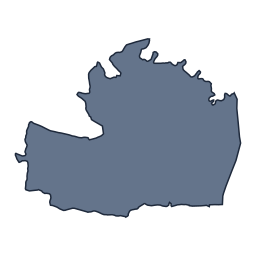 Atsa, Al Fayyum, Egypt (Albers equal-area conic projection)
{"feature_id": "37247803B59509070430414", "entity_name": "Atsa", "entity_type": "district", "adm_level": 2, "iso_a3": "EGY", "parent_name": "Egypt", "parent_adm1": "Al Fayyum", "projection": "albers", "projection_center": [30.709, 29.208], "detail": "fine", "context": "isolated", "style": "filled", "palette": "slate", "viewbox_px": 256, "rotation_deg": 0, "n_neighbors": 0, "source": "geoboundaries", "source_scale": "gbopen_adm2", "svg_char_len": 5697}
<svg xmlns="http://www.w3.org/2000/svg" viewBox="0 0 256 256"><path d="M97.3,62.7L96.9,64.7L96.4,66.4L95.4,66.5L94.7,66.7L93.2,68.2L91.0,70.2L89.2,72.5L88.9,73.3L88.6,74.2L88.7,78.2L89.2,80.6L89.4,81.9L89.7,84.3L90.1,86.0L90.1,86.7L90.0,87.7L89.8,88.3L89.5,89.2L89.5,90.3L89.7,90.9L89.7,92.0L89.6,92.6L88.9,93.4L87.7,93.4L86.4,93.6L85.3,93.7L83.8,93.5L82.1,93.2L80.9,92.7L79.2,92.4L78.5,92.4L77.6,93.4L77.4,94.0L77.0,94.6L78.4,96.2L81.7,98.3L85.2,101.4L85.8,103.6L86.1,107.2L85.8,107.9L86.0,109.4L86.4,110.4L88.9,114.6L89.1,115.5L89.3,116.1L90.6,116.8L91.0,117.9L91.5,119.6L94.4,121.4L102.4,126.0L103.5,133.8L102.9,134.4L102.0,135.2L100.9,136.0L99.0,136.8L97.9,137.2L96.3,138.0L93.8,138.7L91.6,139.3L89.4,139.8L88.6,138.9L88.4,138.5L88.2,137.9L87.6,137.6L85.3,137.3L83.8,137.3L81.4,137.8L78.7,137.5L74.7,136.3L72.1,135.9L71.1,135.5L68.9,134.8L61.1,133.0L58.4,132.6L54.4,131.6L50.5,130.8L48.9,130.1L44.9,128.1L42.0,126.6L39.0,125.3L33.6,123.3L31.7,121.8L30.9,121.7L29.6,122.5L29.8,122.8L28.8,124.2L28.6,124.9L28.6,126.3L27.6,128.5L26.7,130.6L26.6,131.6L26.7,133.7L26.1,135.4L25.8,135.9L25.7,137.8L25.1,139.0L25.0,139.5L25.2,140.8L25.4,141.8L27.1,145.1L26.9,146.1L26.7,146.8L26.4,147.8L26.0,148.3L25.7,149.3L25.4,150.4L25.0,151.8L25.2,152.5L25.8,153.6L25.9,154.5L25.2,155.5L23.5,155.9L22.4,156.0L17.0,153.9L16.1,153.4L15.7,153.4L15.5,153.6L15.4,155.1L15.6,155.5L16.4,157.5L16.8,158.8L19.0,162.3L19.4,162.3L19.9,162.1L21.2,161.5L22.3,160.7L23.1,160.8L25.3,160.6L27.2,161.3L27.9,162.6L27.9,163.3L28.2,166.1L27.7,168.6L28.0,171.0L27.5,172.5L27.3,173.3L27.0,176.3L27.1,178.0L27.0,179.5L26.6,180.5L26.1,181.2L25.8,182.7L25.8,185.2L25.4,188.8L25.8,189.7L26.4,189.7L26.6,190.0L29.4,190.9L37.7,190.0L38.4,189.6L41.7,191.0L42.3,191.9L42.8,192.3L43.0,192.5L43.8,192.8L44.2,193.2L44.6,193.4L46.8,193.3L49.5,193.8L50.5,195.0L50.7,196.2L50.9,197.7L50.8,198.2L50.6,199.2L50.3,199.8L50.1,200.3L49.8,201.8L49.8,202.4L50.2,204.1L50.5,205.2L52.7,205.5L56.7,207.0L58.3,207.9L59.6,208.8L63.4,210.4L65.1,210.3L67.0,209.7L72.6,208.2L74.5,208.3L84.7,211.2L86.8,211.8L87.8,212.2L89.8,211.9L90.4,211.9L91.5,211.7L93.4,211.0L94.7,211.0L95.7,211.2L97.4,211.8L98.9,212.4L102.0,213.9L103.9,214.6L106.7,214.7L107.5,214.9L112.2,214.7L113.1,214.9L114.4,215.2L116.0,215.9L118.4,216.0L120.5,215.6L121.8,215.9L125.6,216.7L125.8,217.1L127.6,216.1L128.2,215.3L128.3,213.8L128.7,213.0L129.5,211.3L130.6,210.3L132.5,209.7L133.8,209.5L134.9,209.2L137.0,209.0L138.1,208.2L138.4,207.4L139.9,206.3L141.7,205.2L143.2,204.3L144.0,203.7L144.9,203.6L146.6,204.7L147.8,205.2L149.5,205.4L151.2,205.7L152.3,205.6L154.7,205.2L157.5,204.9L160.6,205.1L161.0,205.4L162.7,206.0L166.1,206.5L167.0,206.3L168.7,205.1L169.0,203.6L169.5,202.4L171.1,203.7L171.1,205.7L171.7,206.5L175.6,205.4L177.5,204.8L179.2,204.7L181.4,204.4L183.9,204.6L185.9,204.5L189.4,205.3L189.4,205.7L192.4,206.1L201.4,205.8L205.0,205.5L206.3,205.3L209.3,206.6L209.5,204.8L214.9,204.6L218.5,204.7L222.4,204.5L222.8,196.0L223.6,193.0L226.0,186.0L231.9,170.7L236.0,160.4L240.6,143.1L239.5,136.9L238.3,123.7L236.8,108.4L237.1,99.2L234.2,92.9L233.8,93.5L231.5,94.3L231.2,94.7L230.6,95.5L230.5,95.8L229.9,96.0L229.2,95.7L228.4,95.2L227.0,93.9L225.9,93.4L225.1,93.4L224.8,94.2L224.6,94.9L224.7,97.4L224.0,99.1L223.5,99.7L222.9,100.0L221.6,100.7L220.3,100.7L219.3,100.5L217.8,100.0L217.1,100.1L216.0,100.8L215.6,101.8L215.5,102.4L215.3,103.5L214.8,104.1L214.0,104.5L213.5,104.9L212.4,104.9L211.5,103.1L212.3,102.5L213.4,101.5L213.7,101.1L213.7,100.0L213.3,100.0L212.8,100.2L211.8,100.6L211.3,101.0L210.7,101.2L210.0,101.2L209.4,101.1L208.8,100.0L208.9,98.8L209.3,97.9L210.6,96.7L211.3,96.3L212.0,96.3L212.8,96.1L214.8,94.9L214.2,93.6L213.4,93.0L212.5,92.5L211.7,91.8L211.3,91.1L211.4,89.4L211.4,88.2L210.9,85.6L211.3,83.7L210.4,82.8L210.0,82.3L209.3,81.7L208.3,81.4L205.9,81.5L205.3,81.3L204.9,81.1L204.4,81.0L204.0,80.6L203.4,79.9L203.2,79.3L202.6,78.8L202.0,78.6L201.1,78.6L198.8,78.9L198.1,78.7L197.9,78.2L197.8,77.0L198.0,76.3L198.3,75.3L200.1,73.4L200.5,72.1L200.1,71.5L199.1,70.6L198.2,71.4L197.4,72.0L196.9,72.8L196.6,73.3L196.2,73.7L194.6,75.8L193.1,76.6L192.2,77.0L191.0,76.9L190.5,76.5L190.1,76.0L189.3,75.1L188.3,74.2L186.0,72.2L184.6,71.1L183.3,69.8L183.3,69.5L183.0,69.1L182.6,66.5L183.1,65.9L184.8,64.5L185.7,63.4L186.0,61.9L185.0,59.8L184.4,59.8L183.9,60.0L182.9,61.0L181.8,61.8L181.5,62.2L180.9,62.4L180.6,62.6L177.9,62.5L177.7,62.9L177.1,64.6L176.3,65.2L175.4,65.6L174.8,65.6L173.3,64.9L171.8,63.8L170.8,62.6L170.2,62.2L168.9,62.2L168.3,62.6L167.6,62.9L165.7,62.9L164.4,63.2L163.1,63.0L161.8,63.2L160.3,63.3L158.9,63.3L155.5,63.3L154.6,63.3L153.8,63.0L153.6,62.4L153.6,61.8L154.7,59.4L155.2,58.6L157.0,56.5L157.7,55.3L157.8,53.8L156.1,52.0L154.6,51.7L153.3,52.3L153.1,52.6L153.0,54.0L152.6,55.1L151.1,59.3L148.3,61.1L147.2,61.3L146.8,61.1L145.1,59.7L143.9,59.3L143.7,59.5L142.8,59.8L142.2,59.4L141.5,58.9L140.5,58.3L140.1,58.0L139.7,57.4L139.5,56.7L139.5,55.9L139.6,55.2L139.8,54.8L140.5,53.1L140.8,52.1L141.2,50.4L141.3,49.7L142.2,48.9L143.6,48.8L145.4,48.0L146.1,47.6L147.9,45.3L149.0,43.0L149.3,41.3L149.5,40.6L149.4,39.6L149.5,39.0L147.5,38.9L146.8,39.1L138.4,41.3L136.3,41.8L135.0,42.2L131.3,43.4L129.5,43.9L126.5,44.9L125.0,46.8L123.4,49.5L122.9,50.5L122.0,51.6L119.8,52.5L119.0,52.3L117.5,52.4L116.2,52.6L114.9,53.4L113.5,54.8L111.5,55.9L110.3,57.1L109.8,58.3L109.5,59.6L110.1,60.3L112.4,63.1L112.9,64.4L114.0,65.8L114.8,66.7L116.6,68.4L118.5,70.6L120.1,72.0L120.9,73.1L120.2,75.8L119.5,75.8L116.8,75.5L116.0,77.4L115.2,77.4L114.1,77.1L110.2,78.7L108.5,78.2L106.5,77.4L105.2,76.1L104.8,75.3L104.6,74.6L104.9,72.9L103.4,69.0L102.1,67.7L101.3,66.8L100.7,65.5L100.0,64.0L99.6,63.1L98.5,62.4L97.7,62.1L97.3,62.7Z" fill="#64748b" stroke="#1e293b" stroke-width="1.5"/></svg>